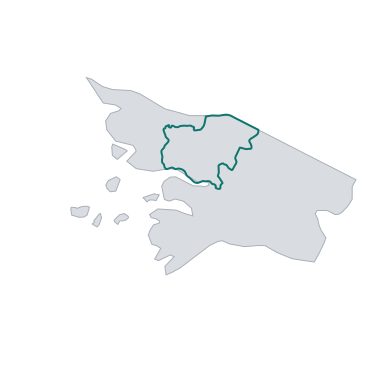 location of Oio within Guinea-Bissau, rotated 27°
{"feature_id": "GNB-772", "entity_name": "Oio", "entity_type": "Region", "adm_level": 1, "iso_a3": "GNB", "parent_name": "Guinea-Bissau", "parent_adm1": "", "projection": "orthographic", "projection_center": [-15.268, 12.289], "detail": "fine", "context": "in_parent", "style": "outline", "palette": "teal", "viewbox_px": 384, "rotation_deg": 27, "n_neighbors": 0, "source": "natural_earth", "source_scale": "10m", "svg_char_len": 4797}
<svg xmlns="http://www.w3.org/2000/svg" viewBox="0 0 384 384"><g transform="rotate(27 192 192)"><path d="M46.0,138.0L51.3,137.1L64.3,138.7L74.4,136.9L81.5,133.8L91.2,129.5L100.6,128.2L129.9,130.2L155.3,125.0L174.2,115.3L191.7,106.4L214.3,106.5L238.6,106.5L273.0,106.6L300.3,106.6L332.5,106.6L332.3,114.5L338.0,125.8L337.2,134.1L334.8,142.1L332.7,145.3L329.8,147.1L321.2,147.1L317.6,148.7L311.8,151.8L311.7,155.5L316.3,158.9L320.1,163.8L324.5,167.6L332.1,171.9L332.8,176.8L333.1,189.2L332.7,198.9L311.5,206.0L295.2,207.3L281.4,206.6L275.4,209.6L263.4,216.9L248.8,221.3L241.2,221.6L237.6,224.2L231.9,231.8L216.1,264.6L210.8,272.5L206.5,277.6L201.6,270.6L205.4,257.8L201.3,257.9L193.2,268.4L189.2,268.7L189.8,256.4L185.2,255.9L180.0,256.8L172.7,250.3L172.0,245.5L172.6,238.8L177.0,234.5L176.4,232.7L172.1,232.2L167.3,233.4L164.4,231.3L169.3,222.6L186.3,215.3L194.8,214.6L203.6,212.9L198.8,206.6L188.4,204.1L180.1,205.9L176.0,210.4L170.8,211.2L162.3,200.5L162.4,195.1L165.6,188.8L170.6,185.9L190.3,186.0L197.8,182.4L200.8,181.8L203.7,178.5L203.1,176.4L199.9,176.2L192.5,180.5L168.7,178.9L161.2,181.4L147.9,191.2L131.7,196.5L119.9,194.2L123.7,181.1L122.0,179.4L118.3,177.2L101.0,181.3L87.9,175.3L82.8,168.0L83.7,159.0L89.9,152.9L90.9,149.8L84.4,149.2L72.4,153.0L46.0,138.0ZM103.0,265.8L95.3,267.2L91.8,262.3L91.3,260.4L95.3,258.8L97.1,258.7L100.2,255.2L104.0,252.8L105.7,252.0L107.6,252.2L109.0,260.1L107.1,263.3L103.0,265.8ZM123.7,225.8L119.1,228.9L114.5,227.4L112.0,224.7L112.3,219.7L117.6,212.8L122.4,213.7L123.7,225.8ZM115.6,184.8L110.6,196.9L104.4,195.5L100.1,188.3L99.6,185.3L112.2,184.4L115.6,184.8ZM140.7,250.5L140.7,254.5L136.6,253.7L135.4,252.5L137.8,245.2L141.4,242.0L145.8,242.5L147.1,243.5L146.3,246.3L144.3,248.6L140.7,250.5ZM157.3,218.9L156.4,221.2L150.9,219.2L158.9,210.9L164.1,209.5L163.9,215.9L159.9,217.2L157.3,218.9ZM124.1,263.5L123.2,266.3L117.6,265.8L118.9,263.1L117.6,262.3L119.3,254.0L120.1,252.7L122.9,255.8L123.3,257.1L124.1,263.5Z" fill="#d9dde1" stroke="#a8b0b8" stroke-width="1"/><path d="M196.5,106.5L222.8,106.5L223.9,108.5L224.1,109.7L224.0,110.8L223.8,111.5L223.6,112.0L222.1,114.6L221.7,115.5L220.7,116.9L220.3,117.7L219.7,119.3L219.7,120.1L219.9,120.7L220.2,121.0L222.6,122.6L223.9,123.9L224.2,124.2L224.4,124.6L224.7,125.1L225.0,125.9L224.9,126.5L224.6,126.9L224.2,127.2L223.8,127.4L223.3,127.6L222.8,127.8L221.7,128.7L221.3,129.0L219.7,129.5L215.1,130.5L214.6,130.7L214.5,131.2L214.8,140.9L214.9,141.5L215.1,142.0L215.3,142.4L215.6,142.8L217.5,144.3L217.9,144.8L218.1,145.6L218.3,146.9L218.1,148.8L218.0,153.3L217.8,154.1L217.4,154.4L216.4,154.3L214.5,154.2L214.0,154.1L213.5,153.9L210.9,152.5L210.6,152.4L210.2,152.3L209.8,152.3L209.3,152.5L208.8,152.6L208.2,152.7L207.7,152.6L207.2,152.5L206.7,152.5L206.3,152.7L205.9,152.9L205.6,153.3L204.7,154.4L203.9,155.5L203.8,156.2L203.8,156.8L206.8,162.0L207.2,163.0L207.6,165.4L207.8,165.9L208.1,166.3L208.5,166.5L209.6,166.8L210.4,167.2L210.9,167.6L214.8,169.8L215.1,170.3L214.9,170.8L214.6,171.7L214.4,172.4L214.4,173.0L214.6,173.7L215.2,175.1L215.4,175.7L215.5,176.1L215.4,176.4L215.3,176.5L215.0,176.7L214.6,177.0L214.1,177.2L213.6,177.4L212.6,177.6L211.5,177.6L211.2,177.5L211.2,176.9L210.6,176.2L209.9,175.8L209.9,175.4L208.9,175.1L207.8,175.1L206.9,175.5L206.1,175.6L204.0,174.7L202.9,174.5L201.6,174.9L198.6,176.7L197.0,177.1L196.2,177.8L193.5,180.9L192.1,181.8L189.9,182.2L188.1,181.9L184.2,180.6L180.5,179.9L179.3,179.4L177.9,178.1L176.1,176.9L173.9,176.4L171.7,176.5L169.6,177.1L168.8,177.6L167.3,178.9L166.6,179.2L164.6,179.1L163.5,179.2L162.7,179.5L159.7,182.6L159.1,182.9L158.1,183.3L156.3,182.3L155.8,181.8L154.5,180.2L153.7,179.9L152.5,179.5L152.0,179.1L151.6,178.7L150.5,176.6L149.9,174.6L149.6,174.0L146.5,170.2L146.2,169.4L146.1,169.0L146.1,168.3L146.9,165.5L146.9,164.7L146.8,164.0L146.7,163.4L146.7,162.9L147.9,158.8L148.0,157.8L147.9,157.0L147.7,156.6L147.4,156.2L146.9,155.9L144.4,155.1L143.9,154.9L143.5,154.6L143.1,154.3L142.2,153.2L140.0,151.3L138.6,149.8L138.4,149.4L138.2,149.0L138.2,148.6L138.3,148.2L139.1,147.5L139.2,146.9L139.0,146.5L138.8,146.1L138.9,145.4L140.0,144.0L140.6,143.3L141.1,143.0L141.4,143.4L141.5,144.4L141.9,144.6L142.4,144.6L143.0,144.6L143.5,144.4L143.9,144.1L144.0,143.5L143.9,143.0L143.8,142.5L144.1,142.0L145.0,141.7L145.7,141.6L147.5,141.7L148.1,141.6L150.0,140.6L150.4,140.2L151.0,139.3L151.5,138.6L155.1,136.3L157.0,135.6L158.0,135.1L159.7,133.9L160.7,133.5L161.4,133.4L161.9,133.5L162.3,133.5L162.7,133.5L163.1,133.3L163.7,133.3L164.2,133.4L164.6,133.7L165.1,135.3L165.4,135.6L165.8,135.9L166.3,135.9L166.9,135.7L170.1,133.4L170.6,133.2L171.0,132.8L171.5,132.2L172.1,130.0L172.3,128.6L172.4,127.3L172.0,125.1L170.3,119.0L170.0,118.5L175.1,114.7L181.0,112.0L186.6,108.0L189.0,106.9L191.8,106.4L196.5,106.5Z" fill="none" stroke="#0f766e" stroke-width="2"/></g></svg>